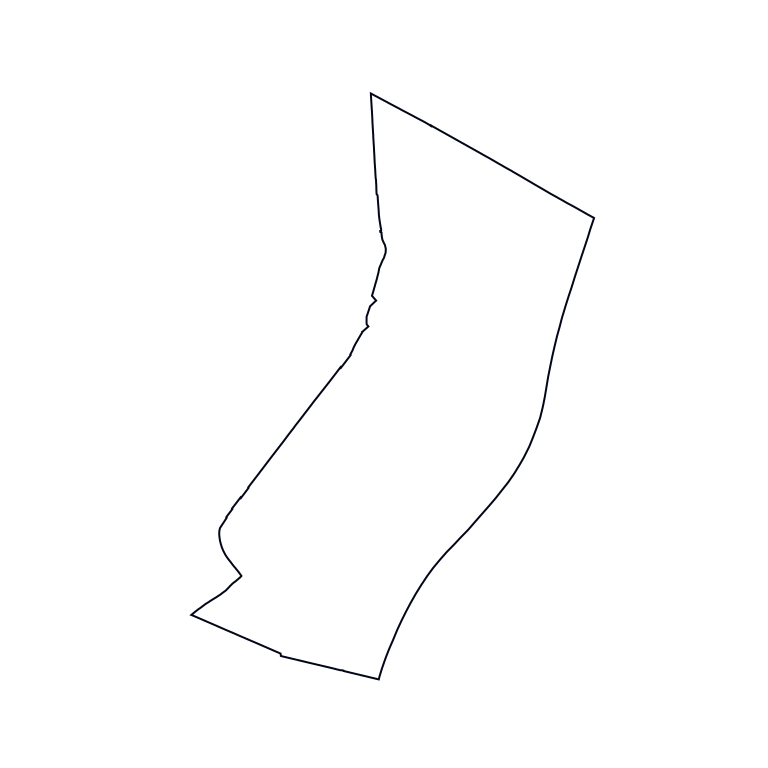 Maassluis, Zuid-Holland, Netherlands, rotated 255°
{"feature_id": "6326949B57125519324160", "entity_name": "Maassluis", "entity_type": "district", "adm_level": 2, "iso_a3": "NLD", "parent_name": "Netherlands", "parent_adm1": "Zuid-Holland", "projection": "albers", "projection_center": [4.256, 51.927], "detail": "fine", "context": "isolated", "style": "outline", "palette": "ink", "viewbox_px": 768, "rotation_deg": 255, "n_neighbors": 0, "source": "geoboundaries", "source_scale": "gbopen_adm2", "svg_char_len": 5194}
<svg xmlns="http://www.w3.org/2000/svg" viewBox="0 0 768 768"><g transform="rotate(255 384 384)"><path d="M490.0,629.9L495.8,623.8L504.9,614.6L509.0,610.3L509.7,609.5L509.9,609.3L510.1,609.1L510.5,608.7L510.7,608.4L515.3,603.8L516.1,603.0L516.5,602.6L517.0,602.0L517.1,601.9L517.3,601.7L519.2,599.8L519.4,599.6L520.6,598.4L521.7,597.2L521.9,597.0L524.9,593.9L530.9,588.0L537.6,581.3L541.3,577.7L543.0,576.0L543.4,575.6L549.6,569.5L555.6,563.5L556.7,562.5L556.8,562.4L557.1,562.1L558.6,560.5L559.0,560.1L561.8,557.2L564.0,555.0L564.5,554.5L565.2,553.9L565.6,553.4L575.5,543.5L577.8,541.1L614.8,503.2L615.9,502.1L618.7,499.2L619.1,498.8L620.4,497.4L620.6,497.3L621.6,496.3L621.1,496.1L622.2,495.2L623.6,493.9L624.1,493.4L624.5,493.0L624.7,492.8L624.9,492.6L625.1,492.4L626.0,491.5L626.1,491.4L630.4,486.8L632.3,484.7L632.8,484.2L637.3,479.4L638.1,478.5L638.6,478.0L644.1,472.0L645.2,470.9L645.7,470.4L647.0,469.0L648.7,467.1L649.2,466.6L652.9,462.6L656.6,458.7L659.3,455.8L664.0,450.8L664.5,450.2L667.2,447.4L668.0,446.5L662.4,445.3L660.4,444.9L652.0,443.2L650.7,443.0L649.5,442.7L649.4,442.7L645.7,441.9L644.3,441.6L642.8,441.3L641.0,440.9L640.9,440.8L638.4,440.3L637.4,440.1L630.2,438.6L626.6,437.9L626.0,437.7L621.6,436.8L620.6,436.6L616.1,435.7L615.6,435.6L608.6,434.1L608.0,434.0L602.1,432.7L600.7,432.4L592.5,430.8L592.3,430.8L592.1,430.7L588.8,430.0L584.2,429.1L583.5,429.2L582.0,428.8L578.6,428.1L578.0,428.0L577.6,427.9L572.3,426.6L569.3,426.0L569.2,426.0L568.4,426.5L567.9,426.5L567.3,426.5L566.1,426.3L563.8,425.8L552.7,423.7L547.9,422.7L542.6,422.0L539.5,421.7L535.9,421.3L535.6,421.4L535.3,421.3L534.6,421.3L534.1,421.2L533.7,421.2L533.3,421.1L532.9,420.9L532.9,420.7L532.8,420.4L532.8,420.2L532.8,419.9L531.7,419.8L531.3,420.5L531.2,420.6L530.9,420.8L530.7,420.7L530.2,420.6L529.5,420.4L528.9,420.4L527.8,420.2L527.1,420.0L526.4,420.0L526.2,420.0L524.9,419.9L524.2,419.8L523.1,419.9L519.6,420.5L517.9,420.9L514.0,420.7L510.9,419.7L510.5,419.6L510.1,419.3L509.1,418.7L508.0,417.9L506.1,416.8L505.8,416.5L505.1,415.9L504.8,415.6L503.9,414.7L502.4,413.5L500.0,411.7L498.3,410.3L496.9,409.3L495.7,408.7L493.5,407.7L491.0,406.3L486.7,403.9L481.6,400.8L480.8,400.4L479.7,399.7L474.7,396.7L474.3,396.4L473.4,395.9L473.2,395.8L472.3,395.2L466.6,398.0L466.5,397.8L465.7,396.2L462.6,390.6L461.8,390.1L456.9,386.9L453.5,384.6L448.4,383.2L446.2,382.7L443.6,383.8L440.9,378.4L440.5,377.6L440.0,376.5L439.8,376.6L434.7,371.4L433.0,369.8L431.9,368.6L430.6,367.3L430.1,366.8L427.2,364.2L425.0,362.6L424.4,362.1L421.2,359.1L420.6,359.3L415.8,353.1L410.8,346.6L411.5,346.4L407.8,341.6L400.2,331.7L388.8,316.5L387.0,314.1L386.3,313.1L377.4,301.6L376.0,299.7L374.5,297.8L370.6,292.7L369.6,291.4L367.3,288.3L365.8,286.4L365.0,285.5L362.7,282.4L360.0,278.9L355.9,273.7L354.8,272.3L353.8,271.0L349.0,264.7L348.6,264.3L348.3,263.8L342.8,256.6L337.0,249.1L332.5,243.3L331.4,241.8L330.8,241.1L330.0,240.1L328.4,238.0L326.8,235.9L319.3,226.1L318.7,226.3L310.9,216.3L311.6,216.1L308.6,212.2L303.0,204.9L302.4,205.1L301.7,204.2L301.1,203.5L299.8,201.8L297.5,198.8L296.6,197.7L296.2,197.2L295.5,197.4L291.6,193.1L291.0,192.4L287.4,188.4L285.3,187.2L283.1,186.4L282.8,186.3L280.8,185.8L279.0,185.5L276.7,185.2L274.5,185.0L272.2,185.0L270.9,185.0L268.0,185.1L265.9,185.4L264.9,185.5L263.6,185.8L262.6,186.0L260.3,186.5L257.8,187.3L255.4,188.2L253.5,189.0L251.7,189.8L249.9,190.5L248.2,191.2L246.4,192.0L244.8,192.8L242.9,193.6L240.5,194.7L238.2,195.6L237.7,195.8L236.6,196.2L235.5,196.6L235.3,196.3L234.9,195.8L234.8,195.5L234.6,195.2L234.3,194.8L234.2,194.5L233.8,193.6L233.5,193.0L232.2,190.3L231.9,189.6L231.5,188.8L231.1,187.5L231.0,187.3L230.5,186.2L230.0,185.3L228.9,183.4L228.6,182.8L227.9,181.8L226.7,179.8L226.1,178.8L225.5,177.8L225.3,177.3L224.9,176.2L224.3,174.7L223.8,173.4L223.7,173.1L223.0,171.6L222.3,169.4L221.3,166.4L220.8,164.6L219.3,159.7L218.8,158.4L217.7,154.7L216.1,150.8L214.9,147.8L214.6,146.7L213.0,143.0L212.7,142.2L212.5,141.9L210.8,138.1L210.5,138.5L209.6,139.7L207.0,143.0L189.8,164.6L189.5,165.0L187.1,168.0L181.3,175.4L178.3,179.1L159.8,202.5L153.1,210.9L150.9,213.7L150.4,214.3L148.5,214.1L148.0,214.0L146.9,215.9L133.8,240.1L122.9,260.4L121.1,263.7L120.9,263.9L120.5,264.7L119.6,266.3L119.4,266.8L119.2,267.0L118.7,268.0L118.4,269.4L117.6,270.7L117.3,270.6L114.8,275.2L113.7,277.2L100.0,302.5L102.7,304.0L109.9,308.5L118.4,314.3L123.1,317.7L126.7,320.4L129.5,322.6L134.4,326.5L142.9,333.0L150.9,339.7L158.5,346.4L165.7,353.1L173.5,360.8L178.1,365.7L180.5,368.3L184.3,372.6L187.4,376.1L193.8,384.1L199.8,392.6L205.6,401.3L210.7,410.0L216.2,418.8L221.4,427.6L227.3,436.3L238.2,452.6L238.7,453.4L244.6,462.0L250.8,470.3L256.9,478.5L263.6,486.4L264.8,487.7L267.7,490.7L270.4,493.6L270.9,494.1L272.2,495.4L276.7,499.9L278.4,501.4L282.1,504.7L285.8,508.0L289.1,510.5L292.8,513.3L294.3,514.4L301.9,519.9L311.0,526.1L319.9,531.0L322.6,532.4L324.0,533.1L326.1,534.1L329.5,535.8L338.7,540.0L348.4,544.4L357.5,548.9L366.9,553.6L371.1,555.8L376.2,558.5L385.2,563.4L390.8,566.7L393.3,568.2L400.4,572.2L402.8,573.6L405.8,575.5L413.4,580.2L420.6,584.8L429.1,590.4L438.3,596.2L456.9,608.3L462.8,612.2L473.0,618.9L480.1,623.3L490.0,629.9Z" fill="none" stroke="#020617" stroke-width="2"/></g></svg>